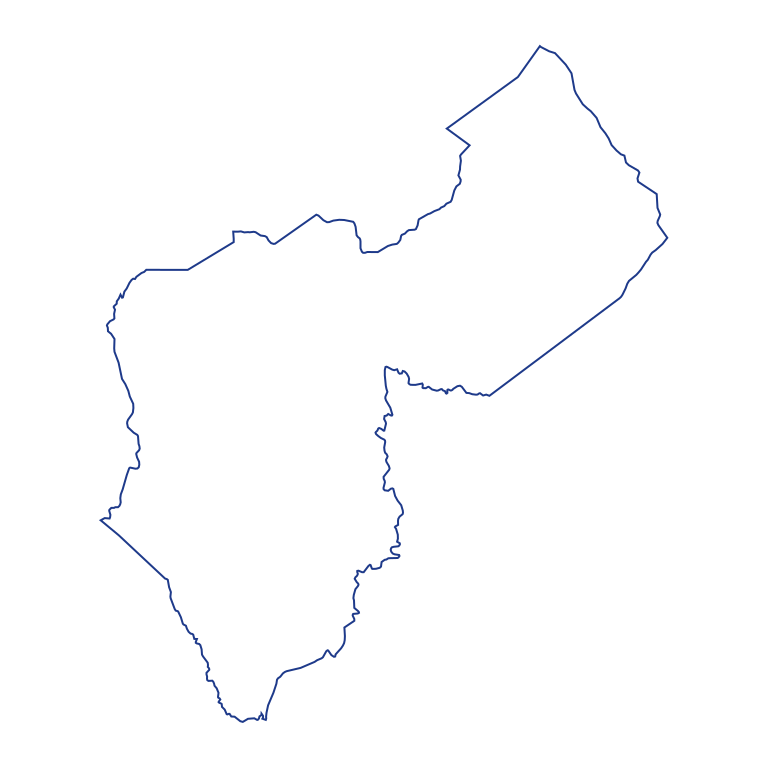 Masaguara, Intibucá, Honduras (Natural Earth projection)
{"feature_id": "27666195B25129383511057", "entity_name": "Masaguara", "entity_type": "district", "adm_level": 2, "iso_a3": "HND", "parent_name": "Honduras", "parent_adm1": "Intibucá", "projection": "natural_earth1", "projection_center": [-87.987, 14.384], "detail": "fine", "context": "isolated", "style": "outline", "palette": "blue", "viewbox_px": 768, "rotation_deg": 0, "n_neighbors": 0, "source": "geoboundaries", "source_scale": "gbopen_adm2", "svg_char_len": 6117}
<svg xmlns="http://www.w3.org/2000/svg" viewBox="0 0 768 768"><path d="M539.9,46.1L517.9,77.0L446.8,128.6L469.6,145.3L460.9,154.6L460.1,155.9L460.9,160.7L460.1,166.5L460.0,169.6L458.4,175.4L460.7,179.7L460.6,181.4L459.8,183.8L456.4,186.4L454.3,190.5L451.7,199.9L450.6,201.8L446.4,203.7L444.3,206.1L441.0,207.6L439.4,209.2L434.4,211.1L430.1,213.5L428.0,214.1L418.9,219.3L418.5,220.3L417.6,225.4L415.9,229.1L414.6,229.7L408.9,230.1L407.2,231.2L404.9,233.6L401.8,234.9L401.1,236.0L400.3,239.9L398.3,242.6L396.8,243.9L392.2,244.6L387.9,246.0L377.8,252.1L367.3,252.0L365.0,252.8L363.1,252.8L361.9,251.7L360.5,248.3L360.5,241.4L360.2,239.4L359.6,238.3L358.0,237.1L356.6,235.3L355.6,226.8L354.4,223.4L353.2,221.8L344.2,220.0L339.2,219.8L333.3,220.6L329.2,222.1L327.0,222.2L323.4,220.2L318.5,215.6L316.3,214.7L275.1,243.7L273.6,243.9L271.1,243.1L268.5,240.4L266.7,237.1L264.9,236.1L260.6,235.5L255.6,232.2L253.7,231.8L249.6,232.3L248.1,232.1L244.3,232.4L240.9,231.4L237.6,231.7L233.2,231.6L233.7,238.8L233.7,242.1L187.7,269.9L146.3,269.8L144.2,271.9L141.5,273.0L136.4,276.8L135.0,279.0L133.2,278.7L131.6,279.9L129.5,282.8L126.7,288.5L124.4,291.6L122.9,297.4L122.1,297.7L120.5,294.6L118.8,298.5L116.8,301.3L116.7,303.7L113.8,306.4L113.7,307.1L115.0,309.7L114.1,313.9L114.4,318.4L113.6,319.4L110.0,321.2L107.3,324.4L106.9,325.5L107.8,327.7L108.0,331.3L111.1,333.8L114.5,339.0L114.2,348.4L114.5,351.8L118.6,362.7L122.0,378.9L125.3,384.1L128.3,390.8L129.8,396.5L133.2,403.8L133.4,408.0L132.9,412.4L132.0,414.2L128.1,419.6L127.3,421.6L127.1,423.3L127.9,427.2L133.7,432.7L137.3,434.9L138.0,436.1L138.6,443.9L139.4,446.2L139.7,448.6L139.1,450.2L136.5,453.0L136.2,453.9L137.1,457.5L139.1,461.8L139.3,464.8L138.7,467.3L137.4,468.5L135.4,468.7L130.3,467.6L129.6,467.8L129.1,468.5L126.8,475.0L122.7,489.3L120.8,494.4L120.3,498.2L120.7,502.3L120.2,504.3L119.4,505.9L118.0,507.2L115.3,507.2L114.0,507.9L111.3,507.9L109.4,509.8L109.2,510.8L110.4,514.8L110.1,517.2L109.6,518.5L104.7,518.1L100.7,520.3L118.8,535.3L165.1,578.6L166.8,579.1L167.8,579.9L169.1,587.2L170.9,592.1L170.4,596.5L170.6,598.1L174.7,609.0L175.7,610.6L177.8,611.2L178.4,612.0L180.9,617.3L182.8,623.6L183.5,624.5L185.9,625.7L186.9,628.7L188.6,631.8L190.6,633.6L192.1,633.9L193.2,634.6L194.3,638.9L196.9,639.0L195.8,641.9L195.8,642.8L196.7,643.4L199.2,644.0L200.3,645.1L201.6,649.3L202.0,654.6L203.0,656.4L207.7,662.7L208.0,665.0L207.8,666.9L208.8,668.0L209.3,669.2L209.2,669.9L206.5,672.8L206.5,674.4L207.1,676.5L207.0,678.9L207.3,680.1L208.4,680.9L212.3,680.7L213.3,681.8L214.1,683.7L214.5,685.7L216.7,688.3L218.5,692.8L218.0,697.1L218.3,697.7L219.6,698.4L220.3,699.5L218.7,701.7L218.6,702.2L219.3,702.8L220.9,703.4L221.7,704.0L222.0,706.9L224.7,709.6L226.7,714.2L227.5,714.4L228.5,713.9L229.6,713.9L231.3,716.5L234.6,716.7L240.3,721.2L242.8,721.9L248.0,718.8L254.3,718.3L257.1,719.9L257.7,719.9L258.9,718.6L259.5,716.4L261.4,715.1L261.5,713.6L263.0,715.8L263.1,717.4L262.4,718.7L265.8,719.9L266.2,718.7L266.1,716.4L266.5,712.8L268.1,705.3L273.4,692.8L276.4,683.7L277.0,679.8L277.9,678.4L280.3,676.7L282.9,673.4L284.8,672.0L286.6,671.2L300.6,667.9L314.6,661.9L317.1,660.2L321.6,658.3L322.9,657.3L326.3,651.2L327.5,650.3L328.2,650.5L331.4,655.1L334.0,656.8L335.2,656.5L335.6,654.4L341.1,648.3L342.9,645.6L344.1,643.1L344.7,640.2L344.9,636.1L344.4,627.5L354.3,620.8L354.3,619.0L352.7,615.6L352.8,614.6L353.2,613.9L357.8,613.5L359.0,612.8L358.9,612.1L358.2,611.2L354.3,607.9L354.0,600.4L353.4,598.1L353.8,594.9L355.4,589.2L357.9,586.1L358.5,584.8L358.2,583.6L356.8,582.2L354.7,578.8L355.4,577.3L357.0,575.8L357.7,574.4L357.8,573.7L357.2,571.9L357.3,570.9L358.5,570.7L362.1,572.2L363.7,572.2L368.4,566.0L369.9,564.8L370.6,565.1L371.9,568.6L372.4,568.9L375.9,568.8L379.7,567.8L381.0,566.6L381.6,562.0L384.7,559.8L386.5,559.5L387.9,558.5L388.9,558.2L397.5,558.0L398.3,557.6L399.4,556.2L399.4,555.6L399.1,555.0L394.5,554.3L392.7,553.5L391.2,551.6L390.7,549.8L391.1,548.3L391.9,547.3L393.7,546.8L398.3,546.3L399.3,545.5L399.9,544.3L399.8,543.3L397.1,541.7L397.9,538.7L397.8,534.7L396.1,528.9L394.9,527.1L395.4,526.4L398.1,524.9L398.0,520.8L398.3,518.8L399.6,516.6L402.6,514.2L403.0,512.8L402.8,510.6L401.2,505.2L397.6,500.6L395.1,496.0L393.3,488.9L392.4,488.4L390.9,488.7L388.2,490.8L384.7,490.3L383.6,489.1L383.5,487.9L384.9,482.4L384.7,480.9L383.7,478.8L383.6,476.8L389.2,469.7L389.6,468.3L388.8,465.8L386.6,462.2L386.1,460.7L386.1,459.5L387.1,457.8L387.6,456.3L386.7,454.3L385.1,452.7L384.5,450.6L384.2,447.5L385.2,442.0L385.0,440.5L384.2,439.6L380.9,438.0L378.2,436.0L376.1,434.1L375.5,432.7L375.8,432.1L377.4,430.6L378.2,428.6L379.1,428.0L381.3,428.9L383.6,430.7L384.3,430.6L386.0,423.7L385.7,422.1L384.1,419.0L384.6,416.0L386.6,415.6L388.2,414.0L391.2,415.6L392.0,415.5L392.4,414.8L390.3,407.7L386.0,400.4L385.3,398.2L385.4,396.7L387.4,391.9L386.4,388.7L385.8,385.7L384.8,375.3L384.8,370.1L385.5,367.0L386.4,366.7L387.4,367.0L392.2,369.6L394.2,370.2L397.1,369.3L398.5,372.7L399.6,373.7L401.8,373.4L402.8,371.0L404.6,371.5L406.7,373.6L408.6,376.9L409.1,378.9L408.5,383.1L409.4,384.2L410.7,384.8L415.4,384.9L422.2,383.5L422.8,384.7L422.5,387.6L423.1,388.1L425.8,388.2L427.9,386.9L428.7,386.8L432.1,389.5L436.7,390.7L438.1,390.5L440.8,389.2L441.8,389.1L443.0,390.4L445.0,391.2L445.9,393.3L446.6,393.6L447.4,392.9L447.3,390.1L447.7,389.6L448.5,389.5L450.5,390.5L451.5,390.4L452.5,389.8L453.2,388.9L457.4,386.2L460.0,385.7L461.8,386.8L466.4,392.9L469.2,393.1L472.2,394.2L476.1,394.7L477.6,394.5L479.0,393.5L480.0,393.2L483.1,395.5L486.2,394.6L489.4,395.8L619.6,298.2L621.1,296.8L622.5,294.7L625.6,288.4L627.3,283.7L629.0,280.9L636.3,274.9L638.5,272.5L641.0,269.5L646.0,261.8L647.8,259.8L650.6,254.6L652.2,252.6L655.7,250.1L662.5,244.0L667.3,237.8L658.4,225.2L657.4,222.9L657.7,220.9L659.8,216.2L660.2,214.5L657.5,207.9L656.7,194.1L638.1,181.7L637.5,178.4L639.4,172.6L638.0,170.5L628.8,165.2L626.0,162.5L624.4,155.6L620.9,154.3L616.5,150.5L611.6,145.1L608.7,138.5L605.4,133.3L600.5,127.2L596.6,117.9L590.8,111.2L587.5,108.6L582.8,104.3L576.0,93.5L574.5,89.9L571.5,73.3L565.8,64.7L555.0,53.1L549.2,51.3L540.9,47.0L539.9,46.1Z" fill="none" stroke="#1e3a8a" stroke-width="2"/></svg>